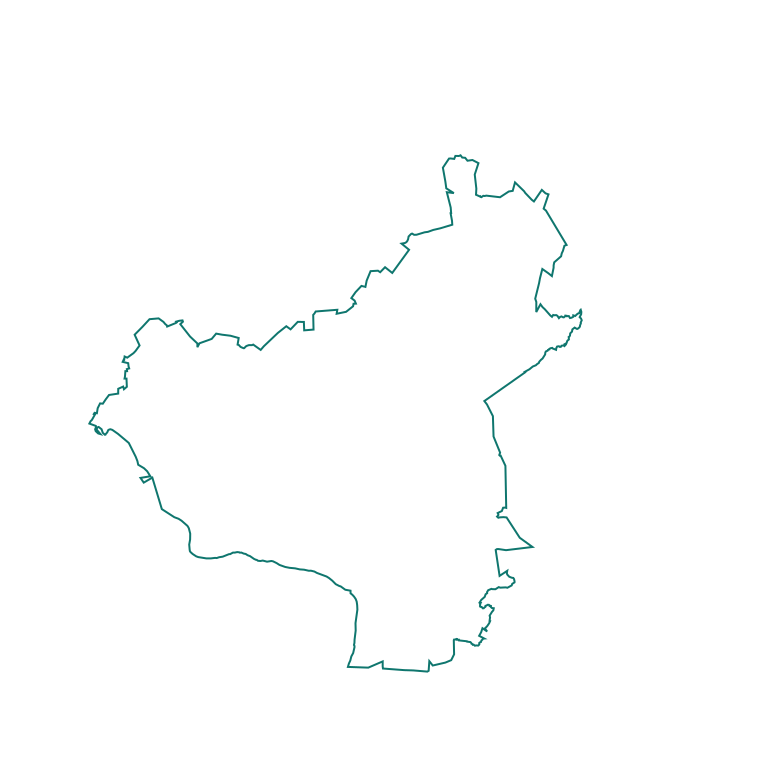 outline of Copainalá, Chiapas, Mexico, rotated 36°
{"feature_id": "50627088B20312620560058", "entity_name": "Copainalá", "entity_type": "district", "adm_level": 2, "iso_a3": "MEX", "parent_name": "Mexico", "parent_adm1": "Chiapas", "projection": "natural_earth1", "projection_center": [-93.236, 17.116], "detail": "fine", "context": "isolated", "style": "outline", "palette": "teal", "viewbox_px": 768, "rotation_deg": 36, "n_neighbors": 0, "source": "geoboundaries", "source_scale": "gbopen_adm2", "svg_char_len": 6165}
<svg xmlns="http://www.w3.org/2000/svg" viewBox="0 0 768 768"><g transform="rotate(36 384 384)"><path d="M168.9,589.2L175.5,587.3L176.3,588.0L176.9,590.4L178.5,591.6L181.8,592.0L184.0,591.2L178.4,589.8L177.7,588.3L177.8,587.3L178.4,586.5L182.1,586.6L185.2,588.8L188.1,589.1L188.4,588.7L188.2,588.2L188.4,587.5L188.5,585.7L188.0,583.4L188.5,582.3L189.3,581.4L191.2,580.8L198.1,580.7L212.2,581.7L225.9,588.8L229.8,591.3L232.6,593.8L239.3,593.2L243.7,593.8L249.2,596.0L242.2,603.1L247.6,605.0L251.6,595.9L277.8,615.8L292.7,615.0L297.0,613.8L300.5,613.6L308.3,614.3L309.6,614.8L311.0,615.5L315.2,619.0L318.5,623.7L320.8,628.4L324.1,632.2L325.2,633.3L326.3,633.7L329.1,634.0L333.4,633.8L335.5,633.2L342.8,629.5L346.4,626.9L349.5,624.0L351.0,623.1L352.4,621.1L355.0,618.5L358.6,612.8L359.5,612.1L360.9,609.2L362.4,608.1L364.0,606.3L365.7,605.3L366.5,605.2L367.7,604.2L370.1,603.7L372.0,602.8L374.3,602.7L376.8,602.0L381.7,601.9L383.7,601.5L384.4,601.1L385.9,601.1L388.0,599.9L389.7,598.1L393.8,596.5L396.9,593.4L398.4,592.7L402.4,592.0L405.8,591.8L411.6,590.1L415.7,588.2L420.4,585.4L424.8,583.5L428.5,581.2L432.9,579.3L434.6,578.0L438.0,576.6L440.7,576.3L450.7,573.5L453.6,573.3L457.7,573.5L462.6,574.3L466.6,573.7L467.9,573.2L473.6,573.2L478.4,570.9L480.0,573.0L482.2,573.1L484.7,573.6L487.5,574.6L489.8,576.1L492.3,578.7L495.1,582.2L501.5,594.2L506.0,600.1L510.5,608.2L512.3,610.9L513.1,612.8L514.0,613.2L514.8,614.2L517.2,619.8L517.7,623.6L519.3,627.6L519.9,630.7L521.1,634.1L538.0,622.7L546.0,609.2L548.9,613.2L550.4,614.8L568.7,603.5L575.9,598.6L588.1,591.2L588.7,589.8L583.6,581.6L588.9,583.1L597.4,573.3L600.7,567.9L599.6,561.5L591.1,550.3L590.9,549.6L591.9,548.8L592.4,547.7L592.9,547.4L593.4,548.0L594.9,546.9L595.3,547.4L602.3,543.4L602.6,543.6L605.6,542.0L606.8,542.2L607.5,542.7L608.5,542.4L609.1,542.8L609.8,542.2L611.4,542.3L612.1,541.4L614.0,540.2L614.2,538.7L613.3,537.6L613.5,536.6L614.1,535.8L613.6,534.2L613.9,532.8L613.8,531.8L614.7,531.0L609.0,531.8L608.5,527.7L607.2,523.7L612.9,523.6L609.3,522.4L609.8,519.4L609.7,515.8L609.2,513.5L608.7,513.7L607.0,510.5L605.6,509.3L605.3,504.8L605.5,502.9L604.6,500.9L602.9,501.8L601.5,501.6L601.0,500.7L600.5,500.8L599.9,501.5L599.6,501.2L598.7,501.0L597.6,501.7L597.1,503.1L596.5,503.8L597.0,504.8L596.6,505.7L596.5,506.8L595.8,507.4L594.1,507.0L592.9,507.6L592.2,507.3L591.5,505.9L591.0,505.6L590.9,504.2L589.8,504.6L589.6,501.5L590.6,497.0L589.8,494.4L590.4,492.6L589.7,491.8L589.5,489.6L591.3,486.6L592.2,486.3L594.8,484.5L596.2,480.9L597.8,480.4L602.0,477.0L603.6,476.3L605.7,471.9L605.2,470.3L606.2,467.8L605.6,466.9L603.9,465.4L602.6,464.9L601.3,465.6L598.6,466.3L595.7,465.7L594.5,464.8L593.5,462.7L590.3,471.3L571.9,452.6L572.4,451.2L573.7,450.2L580.4,446.7L599.9,428.6L584.2,428.6L561.6,419.9L558.9,421.5L556.1,423.8L555.1,425.0L553.4,424.8L553.6,423.1L553.3,422.4L551.8,421.6L554.0,417.5L553.1,414.1L554.6,412.8L555.7,412.4L530.3,378.8L520.5,373.4L520.0,373.9L519.0,373.7L518.3,371.3L503.5,362.1L491.0,346.0L479.3,340.0L475.2,338.8L491.3,291.6L490.7,291.5L493.0,286.6L494.1,282.4L495.9,279.5L496.1,278.1L496.9,275.9L496.5,274.7L496.8,272.1L497.3,270.2L497.0,265.4L496.1,263.9L495.8,262.6L496.8,260.8L496.6,260.1L497.4,258.9L497.1,258.6L497.6,257.3L498.9,255.9L499.6,256.1L503.1,255.2L502.3,253.7L502.0,252.0L502.9,251.0L503.5,250.6L504.3,250.7L505.2,250.0L505.1,248.7L505.8,248.0L507.1,247.1L507.7,247.2L507.9,245.5L506.8,245.5L507.2,244.6L507.7,244.6L507.7,243.9L506.9,241.2L507.4,239.3L505.8,237.4L506.1,237.0L506.0,235.5L504.9,233.6L505.3,231.1L504.3,229.1L505.1,226.3L507.5,226.1L508.2,225.6L508.8,223.4L508.7,222.3L508.2,221.5L507.6,219.2L507.1,218.8L506.5,216.2L504.9,215.2L503.0,214.9L502.5,211.7L501.3,209.7L499.5,208.3L499.4,208.8L500.3,212.0L499.7,212.6L499.2,213.9L498.7,216.6L496.8,217.2L497.6,218.4L496.8,220.1L495.7,221.3L493.6,220.4L491.9,221.8L491.6,221.5L490.5,222.1L490.7,222.6L490.3,224.4L489.6,224.8L487.9,225.0L487.0,226.3L486.8,227.9L484.2,226.9L482.9,227.0L481.2,228.4L480.3,228.7L480.4,230.9L478.3,230.8L470.2,229.0L467.0,228.6L463.7,227.5L464.9,236.3L459.0,228.1L456.2,226.1L450.2,211.3L448.0,206.7L444.5,197.9L451.8,197.8L456.4,198.0L452.9,190.3L451.5,188.3L450.2,185.5L452.2,176.6L451.0,173.8L450.5,171.1L448.7,166.1L450.0,164.2L413.1,148.5L410.1,148.3L405.6,133.9L402.6,134.8L397.6,134.2L398.0,148.2L395.2,148.1L385.9,146.4L384.1,145.7L371.5,143.9L374.6,152.1L371.8,154.9L368.1,164.7L356.0,171.5L355.0,172.7L353.7,173.4L353.0,175.6L352.1,175.9L351.5,175.5L351.0,176.0L347.2,176.8L343.9,171.7L334.3,161.2L330.6,149.8L323.9,150.8L320.3,154.3L316.7,153.3L314.2,154.8L311.5,154.0L310.6,155.5L307.7,157.5L308.5,160.6L305.3,162.4L304.1,163.4L304.5,174.4L314.6,184.1L319.4,189.1L328.3,188.5L322.1,191.9L334.2,202.0L337.9,206.3L337.5,206.7L343.1,212.0L345.6,215.0L338.0,225.0L333.3,230.4L330.1,235.1L327.7,237.4L322.6,244.1L320.7,245.6L318.3,245.8L317.7,246.8L317.2,250.2L318.4,252.7L318.8,254.7L318.7,256.2L318.0,257.7L315.7,260.1L325.4,260.7L325.4,289.3L316.2,288.9L315.2,295.8L312.5,295.9L306.8,300.6L309.2,310.5L311.9,316.4L308.1,317.9L307.0,326.4L307.1,333.7L311.2,333.8L314.0,335.5L312.2,337.0L313.3,339.3L310.9,347.9L304.4,355.0L302.6,351.4L286.1,365.5L286.3,367.8L286.1,369.7L295.0,381.4L287.9,387.5L282.7,380.9L277.7,384.4L276.3,394.7L271.0,394.7L268.1,405.1L264.6,424.1L264.2,428.9L255.0,429.0L254.4,430.1L251.9,431.9L250.7,433.6L250.2,434.6L249.8,437.2L249.5,437.5L248.1,437.9L246.1,438.3L243.7,437.8L242.4,438.2L239.4,432.2L231.4,435.2L224.0,439.3L218.6,441.9L218.1,448.8L210.8,459.5L211.4,463.9L209.2,460.9L199.2,459.6L184.0,455.3L184.7,451.8L183.6,451.0L181.3,453.1L179.2,455.7L180.1,456.0L179.8,456.9L174.8,465.0L173.8,464.2L171.8,464.1L169.1,463.4L163.1,463.4L156.2,469.4L155.0,479.6L153.3,490.7L163.6,496.5L163.6,503.3L163.2,506.3L160.8,513.6L158.0,514.2L159.4,516.8L159.0,516.8L159.6,519.7L164.8,517.5L167.1,520.0L168.7,521.2L167.2,523.1L168.6,524.6L167.2,525.6L170.0,530.1L170.9,532.1L172.5,531.0L177.6,537.4L176.7,541.1L174.5,539.4L171.8,544.1L174.6,548.0L168.0,554.5L167.9,559.8L168.1,565.2L165.7,566.6L166.6,571.9L168.9,576.4L166.8,577.4L166.9,578.9L168.1,578.6L168.8,584.7L168.5,586.6L168.9,589.2Z" fill="none" stroke="#0f766e" stroke-width="2"/></g></svg>